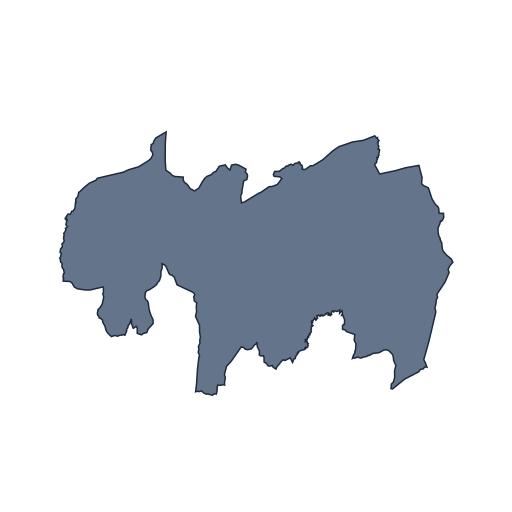 the district of Gomoa East, Central, Ghana, rotated 195°
{"feature_id": "2480657B26264719340764", "entity_name": "Gomoa East", "entity_type": "district", "adm_level": 2, "iso_a3": "GHA", "parent_name": "Ghana", "parent_adm1": "Central", "projection": "equal_earth", "projection_center": [-0.589, 5.477], "detail": "fine", "context": "isolated", "style": "filled", "palette": "slate", "viewbox_px": 512, "rotation_deg": 195, "n_neighbors": 0, "source": "geoboundaries", "source_scale": "gbopen_adm2", "svg_char_len": 6119}
<svg xmlns="http://www.w3.org/2000/svg" viewBox="0 0 512 512"><g transform="rotate(195 256 256)"><path d="M279.2,109.2L277.9,110.0L275.5,110.4L273.9,111.6L270.7,110.1L267.8,109.7L267.1,110.3L262.1,110.2L260.6,112.1L258.6,112.4L258.6,114.8L259.6,119.9L259.4,121.7L257.5,121.6L254.1,123.3L252.9,123.2L253.6,125.4L254.2,130.7L255.8,133.3L255.9,141.8L252.8,147.7L246.7,164.4L244.0,164.3L242.3,163.2L239.8,163.3L236.4,165.1L234.3,169.9L233.2,171.0L232.9,173.1L231.3,168.8L227.9,164.7L227.3,161.3L225.3,160.7L223.0,161.6L222.0,160.0L220.7,155.6L218.3,155.0L216.0,153.1L214.8,153.0L211.7,154.4L210.6,152.9L207.4,152.0L207.2,154.2L203.6,161.9L202.7,162.9L201.8,162.4L200.6,162.9L196.6,166.4L193.1,162.6L192.7,166.3L191.5,167.2L191.7,169.2L190.2,173.0L190.4,173.7L190.8,173.2L190.8,173.8L189.9,174.1L189.3,175.6L185.5,177.9L185.0,179.0L184.6,178.6L184.2,179.5L184.8,180.0L184.3,180.9L183.5,180.3L182.5,181.4L182.6,183.5L183.4,184.2L183.0,185.1L184.1,185.5L184.3,186.3L185.1,186.2L185.4,187.1L186.1,186.4L186.0,187.5L186.8,187.7L186.0,188.6L185.3,187.7L185.0,187.9L184.9,191.8L184.7,192.3L184.2,191.8L184.4,193.9L184.1,194.7L183.6,194.3L183.5,196.2L182.9,197.1L183.9,198.9L183.6,199.9L184.4,201.1L184.2,202.3L183.8,202.2L182.9,203.5L184.4,204.1L184.6,205.9L185.4,206.4L185.4,207.2L184.3,206.7L184.7,208.0L184.2,208.1L183.7,210.1L183.1,210.2L183.2,210.9L181.6,209.5L181.0,210.8L181.8,211.1L180.5,212.2L181.7,214.0L180.7,215.0L179.0,214.4L178.8,214.9L178.2,214.7L178.1,215.7L177.0,216.2L176.7,215.5L175.9,215.4L174.2,216.9L173.7,218.1L172.8,218.3L172.8,219.3L171.2,219.9L171.1,218.4L170.6,219.0L169.8,218.9L170.0,218.1L169.4,218.5L169.2,217.7L168.5,217.7L168.4,218.7L167.8,219.2L168.4,220.2L168.2,222.6L167.1,222.8L166.4,222.1L165.3,223.6L163.4,223.3L161.3,225.3L161.4,224.4L160.8,224.1L160.4,222.4L158.9,225.5L157.6,223.3L158.0,220.7L156.7,221.1L153.9,217.3L152.9,212.8L153.9,212.4L154.4,211.0L153.4,207.5L150.8,207.7L149.1,206.4L140.2,205.7L139.4,200.1L136.7,197.1L135.8,192.4L135.5,190.4L135.9,189.6L135.5,188.4L136.3,184.6L136.3,182.0L135.3,183.0L134.4,182.8L131.7,184.6L128.7,184.5L127.5,185.0L125.4,186.6L123.0,187.6L122.0,189.2L121.0,189.0L117.9,192.1L112.2,194.4L108.4,198.0L106.7,199.0L103.3,199.0L99.4,196.7L97.8,195.2L96.0,190.7L92.6,186.4L92.4,180.8L90.6,174.5L90.7,169.7L92.1,167.3L91.3,162.8L89.8,162.8L80.6,175.5L68.8,186.3L67.7,189.2L65.4,190.1L64.2,192.6L62.1,192.8L65.0,197.0L67.1,199.2L66.9,218.8L67.8,248.4L69.8,252.5L69.8,256.4L70.6,260.7L70.0,262.1L70.0,263.4L71.0,264.8L71.1,266.6L66.6,279.9L65.2,290.0L67.0,292.9L66.3,296.7L64.2,300.8L66.6,303.7L71.9,306.0L76.6,309.2L78.1,311.7L80.0,316.8L82.0,319.0L83.0,321.1L84.4,322.3L86.4,326.4L87.4,330.3L86.8,334.4L86.8,337.5L86.0,337.4L85.1,338.8L84.6,341.9L86.0,345.8L90.1,344.6L91.9,349.4L93.4,351.0L95.8,352.0L100.6,356.5L107.2,366.5L112.0,367.3L114.0,368.1L114.9,369.3L115.9,374.7L122.1,385.7L134.5,379.9L143.1,374.7L157.8,367.2L164.6,374.5L165.0,375.5L164.9,376.2L164.1,376.7L163.7,378.2L164.3,379.1L163.8,381.0L164.8,382.3L163.5,382.8L163.8,384.2L163.3,385.2L163.8,386.0L164.0,390.3L164.4,390.9L165.7,390.7L165.8,393.8L166.8,394.6L167.3,396.8L168.0,397.1L167.0,399.2L168.9,400.6L169.3,401.8L170.1,401.2L172.4,402.8L182.1,395.6L192.3,391.1L204.3,383.0L208.9,377.6L216.7,365.9L224.3,358.0L226.8,357.2L230.5,352.7L232.6,351.7L234.1,352.0L233.7,352.9L235.1,355.6L236.7,355.8L237.6,357.4L238.8,358.1L239.3,357.7L239.2,356.9L242.3,355.6L243.8,353.1L245.9,353.8L248.3,351.9L248.4,351.2L250.1,350.7L251.6,348.0L252.8,347.4L255.3,343.9L259.9,342.5L260.3,339.0L259.1,337.6L253.7,338.6L251.1,337.6L253.9,330.6L258.4,327.3L261.3,326.4L267.9,318.6L269.8,317.2L281.2,305.2L283.8,303.6L286.3,309.8L285.9,313.7L286.4,314.9L287.3,325.4L284.6,327.5L284.9,331.3L286.0,333.1L287.9,334.1L288.1,337.3L296.1,339.3L299.6,339.3L303.1,337.5L303.4,332.3L306.5,333.7L309.3,336.1L314.7,333.2L316.7,327.2L318.5,326.1L320.3,322.9L323.8,320.4L325.5,318.0L327.0,313.9L328.8,306.7L332.3,302.9L336.9,304.0L341.0,307.4L344.2,308.6L346.2,310.9L346.7,313.4L355.1,311.8L357.8,312.2L360.5,313.9L365.3,315.6L368.3,324.4L372.8,341.5L374.9,352.6L383.3,344.1L384.5,340.4L384.4,338.3L386.1,336.3L385.6,335.4L385.8,334.6L384.9,330.7L383.3,329.7L381.8,327.2L382.7,323.0L384.5,320.3L392.6,311.7L401.2,306.5L405.9,302.6L429.3,290.1L430.4,287.6L435.7,283.3L440.1,277.2L442.9,272.4L443.7,271.7L443.5,267.2L444.8,264.7L444.1,261.1L443.6,260.9L444.1,260.2L443.3,255.8L443.5,254.3L444.3,252.2L445.6,251.4L446.1,248.3L448.3,247.9L449.5,245.0L449.1,244.8L449.3,243.9L449.9,243.3L449.4,243.2L449.7,242.6L449.3,241.9L447.8,242.2L447.8,237.1L445.8,235.5L447.2,233.2L446.5,232.4L446.6,230.7L447.5,228.0L446.9,227.0L446.4,223.0L445.3,221.3L445.2,220.0L446.6,217.3L445.7,215.9L445.5,214.5L446.6,212.3L446.2,208.8L444.7,208.2L444.6,204.6L445.0,203.2L444.6,203.2L443.2,199.6L441.5,198.8L440.7,195.6L439.8,194.2L438.6,193.5L436.7,189.8L437.3,189.2L437.1,186.1L436.5,184.8L435.8,184.4L436.1,183.3L435.7,181.8L429.3,183.2L426.8,182.4L423.6,179.1L420.1,178.1L412.0,179.0L407.3,180.3L395.8,186.5L395.3,186.3L393.9,181.1L394.3,180.0L392.6,177.3L392.3,174.8L392.1,170.0L393.2,165.8L394.7,163.5L394.4,159.5L393.4,157.6L392.4,157.1L391.1,155.4L390.3,155.6L387.6,154.3L386.7,152.1L383.7,149.1L381.8,145.6L379.6,143.4L374.8,140.7L371.9,142.7L368.8,142.7L367.2,144.2L364.8,145.0L364.2,145.7L362.1,145.5L361.5,150.2L362.0,151.3L361.3,154.0L361.4,155.9L360.4,157.7L360.2,163.1L358.8,158.8L356.3,154.8L355.8,154.4L353.6,157.0L352.1,155.7L350.7,150.5L346.2,150.2L344.7,152.1L341.7,153.7L341.2,157.8L337.9,164.1L338.9,167.7L343.0,172.7L345.5,176.9L347.9,182.8L349.3,184.6L351.2,185.3L352.6,187.6L353.4,191.8L352.5,194.2L350.2,195.9L345.9,200.7L344.5,202.9L344.2,204.8L342.9,207.2L342.7,212.1L343.8,216.4L343.5,220.2L344.8,224.2L341.9,223.6L340.5,222.8L335.3,216.4L334.0,215.6L332.3,215.8L329.5,214.4L324.8,207.7L307.9,204.7L306.3,204.0L305.1,202.8L305.6,200.5L304.0,196.7L301.2,195.4L300.5,191.3L299.0,186.9L298.8,182.0L292.6,174.4L291.0,168.4L288.8,163.4L288.5,160.0L287.6,157.3L288.2,153.4L287.1,151.2L286.9,148.1L284.7,145.1L285.0,143.5L283.3,131.9L280.4,117.6L279.2,109.2Z" fill="#64748b" stroke="#1e293b" stroke-width="1.5"/></g></svg>